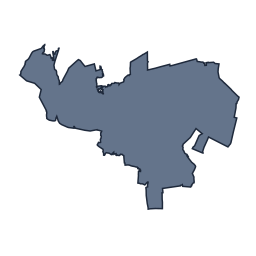 the district of Izvoarele, Tulcea, Romania, rotated 272°
{"feature_id": "2599482B66243193885359", "entity_name": "Izvoarele", "entity_type": "district", "adm_level": 2, "iso_a3": "ROU", "parent_name": "Romania", "parent_adm1": "Tulcea", "projection": "natural_earth1", "projection_center": [28.529, 45.071], "detail": "fine", "context": "isolated", "style": "filled", "palette": "slate", "viewbox_px": 256, "rotation_deg": 272, "n_neighbors": 0, "source": "geoboundaries", "source_scale": "gbopen_adm2", "svg_char_len": 5840}
<svg xmlns="http://www.w3.org/2000/svg" viewBox="0 0 256 256"><g transform="rotate(272 128 128)"><path d="M73.3,139.8L73.1,141.5L72.7,142.3L72.7,144.5L71.7,146.8L74.3,149.0L74.7,149.6L74.6,150.0L71.4,149.5L69.9,149.7L69.5,148.6L69.1,148.0L68.7,148.0L66.7,148.3L61.1,148.6L53.1,149.9L49.5,150.8L47.6,151.0L48.0,152.8L48.5,158.1L48.6,165.2L55.1,165.0L58.1,164.6L63.0,164.4L64.3,164.2L64.4,165.1L64.6,165.2L68.8,164.6L72.0,182.4L72.5,182.4L73.0,184.1L73.2,184.3L71.6,184.7L71.2,192.7L72.1,193.0L72.2,193.5L73.0,193.8L73.4,193.6L75.8,195.5L75.7,195.9L76.5,196.0L79.8,195.6L81.3,195.6L84.8,193.9L88.6,195.8L91.0,196.7L92.0,196.9L92.3,196.8L93.9,195.6L96.0,192.8L100.7,188.9L101.9,188.1L101.8,189.0L103.7,187.8L104.2,186.5L104.8,185.6L107.3,184.4L108.4,183.5L110.7,183.7L111.0,183.6L111.3,183.2L111.8,183.0L112.5,183.2L112.8,183.6L113.7,183.6L120.7,190.6L129.8,196.0L124.9,202.4L123.2,199.7L122.8,199.3L112.5,195.2L111.2,193.7L109.6,193.0L105.7,203.3L105.6,203.8L106.2,203.8L106.9,203.4L111.3,204.6L118.8,207.7L121.8,208.8L112.6,228.5L113.1,228.7L113.5,229.3L114.5,229.9L115.7,230.9L117.0,231.4L128.1,233.5L141.8,236.4L142.4,233.8L142.6,233.8L151.8,235.2L156.1,235.2L156.1,235.7L156.3,235.9L158.1,236.2L160.2,237.4L162.7,237.9L163.8,236.4L169.4,230.3L170.0,229.9L172.2,227.5L176.3,222.9L176.2,222.8L178.2,220.8L180.5,218.0L181.4,217.3L187.2,216.0L190.3,216.1L195.2,216.7L195.5,212.7L196.7,211.3L196.1,205.6L196.4,205.6L196.0,203.9L194.8,204.1L193.4,204.1L193.2,202.6L195.6,202.2L195.4,201.4L196.3,200.9L196.5,200.5L196.4,198.7L196.7,197.5L196.9,194.9L199.3,194.1L199.5,193.8L192.0,169.9L191.5,167.8L193.1,167.5L190.3,158.2L188.7,153.2L186.6,145.5L188.3,145.5L193.7,145.2L194.9,145.8L195.4,145.2L195.8,145.1L204.6,144.7L202.3,141.2L201.9,140.2L201.2,139.4L199.8,137.3L199.6,136.9L197.7,134.3L194.0,128.4L193.7,128.2L189.8,128.2L187.8,128.0L181.6,128.5L181.4,127.6L181.3,127.4L180.5,127.2L180.9,126.2L179.2,124.2L178.1,123.1L176.3,122.1L175.4,122.4L174.8,122.1L174.1,122.1L173.8,121.7L172.5,118.5L171.2,117.6L172.4,117.5L172.6,117.0L172.6,115.1L173.0,113.3L172.2,112.9L171.9,110.1L170.6,109.7L170.7,109.2L170.5,108.8L169.5,108.5L169.5,108.4L170.7,107.2L170.3,106.3L168.9,106.5L168.6,106.2L168.6,105.0L168.0,104.4L169.0,103.7L168.9,102.4L168.5,102.2L168.8,101.5L168.3,101.0L166.7,100.7L166.4,100.0L166.0,99.9L165.6,100.2L165.3,101.7L163.7,101.3L163.5,101.6L162.5,101.3L162.0,102.0L161.4,102.2L161.2,101.9L161.3,101.7L162.2,100.8L162.2,100.1L163.0,99.7L163.5,99.8L164.0,99.4L164.1,99.1L163.0,98.6L162.5,98.8L162.4,98.1L162.7,97.9L162.7,97.6L162.8,97.5L163.1,97.7L163.6,96.9L164.1,96.6L164.3,97.1L165.3,96.9L165.7,96.3L166.1,97.1L166.1,97.5L165.8,98.2L165.9,98.5L166.7,99.2L166.5,99.3L166.6,99.6L168.2,100.0L168.5,100.6L169.2,100.4L169.3,99.8L169.1,98.8L168.8,97.0L168.6,96.5L168.2,96.2L168.0,95.7L167.5,95.3L168.0,95.0L168.9,95.4L169.8,95.4L170.0,95.2L170.7,95.2L171.4,95.3L172.0,94.9L172.7,94.9L174.5,94.5L174.8,94.7L175.8,94.4L176.1,94.5L176.9,95.2L177.5,95.2L177.7,95.4L177.3,95.9L177.6,96.5L177.3,97.2L177.5,99.2L177.5,99.7L178.2,100.7L178.7,101.0L180.1,100.8L179.7,101.2L179.1,101.6L179.2,101.8L180.9,101.5L182.4,100.7L183.0,100.8L184.3,100.1L185.2,100.3L185.8,99.4L187.1,99.0L187.7,99.0L188.3,98.6L188.6,98.6L188.8,97.9L187.2,97.9L186.2,98.2L185.9,98.5L185.5,98.4L184.0,94.0L190.9,92.1L188.0,82.9L191.5,79.8L193.6,78.1L193.8,77.9L194.2,76.8L194.6,76.4L194.6,76.0L192.9,74.1L185.7,66.7L182.6,65.5L174.3,61.4L172.5,60.9L171.1,59.5L170.5,58.7L169.8,58.6L169.4,58.1L169.3,57.9L172.7,57.7L174.9,56.7L176.7,56.5L178.5,55.2L179.6,54.8L181.9,54.6L183.1,54.1L183.1,53.8L184.1,52.6L187.9,51.8L188.8,51.9L192.4,52.7L203.6,55.9L204.9,56.1L205.2,56.3L205.4,56.2L205.1,55.7L204.3,55.8L203.6,55.6L202.8,55.0L202.5,53.6L201.8,53.1L200.9,52.6L199.2,52.3L199.3,51.0L201.6,50.7L201.8,50.4L201.7,50.2L199.9,50.4L197.0,51.1L193.0,51.5L192.9,50.5L193.2,50.1L195.1,50.0L195.6,49.7L195.1,48.8L196.8,48.3L198.7,47.4L198.2,46.0L197.9,44.7L199.1,42.4L199.1,40.1L199.2,39.9L199.7,40.3L200.5,40.4L200.9,41.3L201.9,41.6L202.7,41.6L203.3,41.8L204.6,41.5L204.4,41.1L204.5,40.9L205.0,40.9L207.2,41.5L208.1,42.0L208.4,41.9L206.9,40.2L204.8,38.8L204.4,38.3L201.6,31.3L201.1,30.4L200.2,29.6L199.2,29.0L195.2,27.1L194.0,26.4L193.3,25.9L191.0,23.2L189.8,23.3L189.2,22.8L188.5,23.0L187.9,23.0L187.3,22.5L185.8,22.0L184.5,21.1L180.8,19.0L178.9,19.0L177.9,18.6L177.4,18.9L177.1,18.8L177.2,18.3L177.1,18.1L171.6,25.0L169.4,33.2L163.4,39.9L155.7,38.3L142.6,45.8L142.2,45.6L141.3,46.2L139.6,46.3L138.4,46.1L136.2,46.3L135.3,46.6L134.7,46.5L134.2,47.1L133.1,49.1L132.5,52.5L132.5,54.1L132.7,54.8L133.0,55.3L135.5,55.7L137.2,56.4L132.5,58.1L130.4,59.5L129.1,61.5L126.7,67.5L126.4,68.6L125.9,74.2L126.5,74.4L127.5,73.8L127.7,74.0L127.5,74.4L126.2,75.1L125.9,75.6L124.2,85.1L123.7,90.3L125.2,97.0L124.9,97.0L124.7,98.9L123.9,101.8L122.5,101.3L122.2,100.9L119.6,101.0L119.2,101.5L118.9,101.6L116.5,101.3L115.8,100.8L112.8,101.1L112.7,101.1L112.4,100.4L112.6,99.0L111.4,98.6L110.5,97.9L109.7,98.0L108.5,99.5L105.8,103.8L104.4,104.0L103.6,103.7L101.9,104.5L100.0,104.6L99.9,105.1L100.0,105.5L100.7,105.9L101.7,106.3L102.6,107.2L102.3,108.6L102.2,109.9L101.6,111.1L100.8,112.2L100.9,113.1L101.3,113.6L101.8,113.6L101.9,113.2L103.2,114.5L102.3,114.5L102.1,115.0L101.7,114.8L101.3,114.9L101.6,115.3L101.6,116.2L101.9,116.6L102.0,117.0L100.5,116.9L100.2,117.5L100.7,118.1L100.3,118.7L100.2,119.3L100.5,120.3L100.3,120.5L100.5,120.8L101.5,121.4L101.6,121.8L101.5,122.2L101.3,122.5L101.4,123.2L100.8,123.6L100.4,124.6L99.9,124.9L99.5,124.8L93.0,125.6L92.9,126.1L90.8,126.4L91.1,129.3L90.9,130.9L90.3,132.4L90.0,133.9L89.7,136.0L89.4,136.9L89.2,138.6L88.8,138.8L88.7,139.3L87.8,139.2L87.6,139.8L88.0,139.9L87.8,140.4L87.2,141.5L86.8,141.0L86.6,141.2L86.3,141.2L85.8,142.1L85.0,142.0L85.3,140.1L85.1,140.0L81.6,140.0L80.9,140.1L73.3,139.8Z" fill="#64748b" stroke="#1e293b" stroke-width="1.5"/></g></svg>